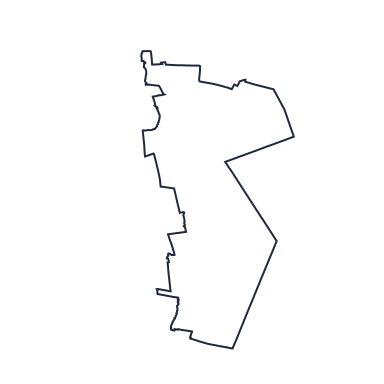 Ripiceni, Botosani, Romania (Equal Earth projection), rotated 30°
{"feature_id": "2599482B27796120382468", "entity_name": "Ripiceni", "entity_type": "district", "adm_level": 2, "iso_a3": "ROU", "parent_name": "Romania", "parent_adm1": "Botosani", "projection": "equal_earth", "projection_center": [27.135, 47.902], "detail": "fine", "context": "isolated", "style": "outline", "palette": "slate", "viewbox_px": 384, "rotation_deg": 30, "n_neighbors": 0, "source": "geoboundaries", "source_scale": "gbopen_adm2", "svg_char_len": 5600}
<svg xmlns="http://www.w3.org/2000/svg" viewBox="0 0 384 384"><g transform="rotate(30 192 192)"><path d="M305.3,307.3L304.2,297.4L304.0,296.2L299.7,265.6L297.9,251.6L297.8,251.2L297.7,250.5L295.7,236.0L291.7,205.8L291.7,205.4L289.8,192.1L265.8,179.8L265.1,179.6L264.4,179.2L225.4,159.2L213.7,153.2L212.9,152.8L212.3,152.7L205.7,149.3L227.4,123.4L234.9,114.2L236.2,112.8L252.5,93.2L230.9,74.4L221.3,68.5L220.9,68.2L211.2,62.3L191.8,67.8L182.9,69.9L182.2,68.1L180.9,69.0L178.8,71.5L178.0,72.3L178.3,77.5L174.9,77.8L175.0,83.1L172.9,83.4L169.8,84.0L160.1,86.6L157.7,87.3L156.8,87.6L156.2,87.9L155.0,88.2L153.9,88.6L149.0,90.4L147.3,91.0L144.0,92.2L143.5,92.3L143.3,92.2L143.0,92.1L142.6,91.9L142.4,91.7L142.1,91.3L141.8,90.9L141.5,90.2L139.7,86.0L138.0,82.5L136.1,79.0L135.5,78.9L135.3,78.9L135.0,79.0L133.2,80.0L130.4,81.6L127.4,83.3L125.4,84.3L123.9,85.2L118.9,87.8L118.0,88.4L115.9,89.6L105.7,94.8L104.0,93.0L100.6,95.4L101.4,95.9L102.0,96.2L98.8,98.4L93.8,101.6L91.8,98.7L89.7,95.7L86.8,91.7L86.4,91.2L86.0,90.9L85.8,90.8L85.3,91.0L84.0,91.6L82.8,92.3L78.7,94.9L78.8,95.5L79.0,95.8L79.2,96.1L79.3,96.3L79.2,97.3L79.2,97.7L79.4,98.2L79.6,98.2L79.8,98.6L80.0,99.3L80.2,99.8L80.8,100.6L81.0,100.7L81.4,101.0L82.9,103.7L83.1,103.7L83.4,103.5L83.7,103.4L84.0,102.9L84.3,102.8L84.5,102.9L84.6,103.0L86.0,103.1L86.7,103.3L87.0,103.4L87.1,103.5L87.1,103.8L87.0,104.0L86.7,104.2L86.3,104.5L86.2,104.6L86.8,105.5L87.0,106.1L87.7,107.4L87.9,107.9L88.2,108.1L88.4,108.2L89.3,108.3L90.1,108.6L90.3,108.8L90.7,109.1L91.4,109.7L92.1,110.5L92.5,111.3L93.3,112.5L93.5,113.0L93.7,113.6L94.0,114.8L94.3,115.6L94.6,116.3L95.3,117.5L95.4,118.5L95.6,119.1L96.0,119.5L96.7,120.0L97.1,120.2L97.8,120.4L97.5,120.7L98.3,122.2L100.0,121.3L101.2,120.5L102.2,120.1L102.7,119.8L103.7,119.5L105.5,118.6L106.6,118.2L108.6,117.3L109.7,116.8L110.4,116.6L110.6,116.7L113.5,118.4L117.1,120.8L117.5,121.0L118.5,121.4L119.2,121.4L116.9,123.5L115.7,124.4L115.5,124.6L114.8,124.9L114.4,125.1L114.3,125.6L114.1,125.9L113.9,126.1L113.3,126.5L112.7,127.1L110.3,129.0L115.7,133.8L115.9,134.1L116.4,135.4L116.3,135.9L117.8,135.9L118.4,135.8L118.7,135.9L119.5,136.1L120.1,136.5L119.4,137.1L121.1,138.1L121.8,138.6L124.1,140.5L125.3,141.4L126.0,142.2L126.5,143.1L126.8,143.8L126.9,144.8L127.4,145.5L127.6,146.0L127.8,146.9L127.8,147.7L127.9,147.8L128.0,147.9L128.1,148.1L128.2,148.6L128.2,148.8L128.1,149.1L128.2,149.6L128.6,150.1L128.6,150.3L128.6,150.6L128.4,151.4L128.3,151.7L128.4,152.0L128.8,152.6L128.9,152.8L128.5,154.1L128.5,155.2L128.4,155.8L128.2,156.0L127.8,156.3L127.5,156.6L127.1,157.0L126.3,158.2L125.0,159.2L124.2,159.7L123.3,160.0L122.6,160.6L121.8,161.4L120.3,162.4L119.6,162.6L118.7,163.1L118.6,163.4L118.9,163.9L120.6,166.2L127.5,175.7L129.4,178.7L131.4,181.7L132.4,183.2L133.6,184.7L138.3,179.3L139.3,178.0L140.3,178.3L145.2,183.4L146.8,185.0L148.5,186.9L151.4,189.8L156.2,195.2L158.0,197.3L159.2,198.8L160.2,200.4L162.2,203.0L164.1,202.1L173.7,198.3L174.7,197.9L181.7,205.3L183.1,206.9L184.9,208.8L191.8,216.1L194.7,213.7L195.1,213.6L195.5,213.6L195.6,213.8L195.7,214.2L195.7,214.4L195.9,215.1L195.9,215.5L196.0,215.9L196.0,216.3L196.1,216.5L196.5,216.9L197.5,217.8L198.4,218.7L199.1,219.7L200.4,221.3L200.6,221.8L200.5,222.0L200.6,222.6L202.2,224.1L202.5,224.4L202.5,224.6L202.2,224.9L202.1,225.1L202.0,225.4L201.9,225.5L202.1,225.9L202.3,225.8L202.9,225.7L203.1,225.7L203.4,225.8L204.5,226.9L204.9,227.5L205.3,228.0L206.8,229.5L192.4,240.6L194.0,242.0L195.0,243.0L198.8,246.3L200.0,247.3L200.5,247.5L201.4,248.5L203.7,250.5L208.0,254.8L208.3,255.2L207.0,256.1L205.6,256.9L204.7,256.5L204.4,256.5L204.1,256.5L202.8,256.7L202.6,256.8L202.4,257.2L202.3,257.4L202.4,257.6L202.5,258.0L203.0,258.7L203.2,259.0L203.2,259.5L203.2,260.1L203.1,260.5L203.0,261.0L203.0,261.4L203.3,261.8L203.5,262.1L204.7,261.7L204.8,261.7L205.0,261.8L207.1,264.4L207.0,264.6L206.1,265.3L207.2,266.7L212.4,274.2L223.1,288.7L210.9,293.1L210.0,293.8L211.0,294.5L211.5,295.0L212.4,296.5L213.2,297.6L217.3,296.1L228.1,292.3L232.8,290.4L232.9,290.5L233.1,290.6L233.4,290.9L233.5,291.2L233.5,291.3L233.9,291.7L233.8,291.8L233.7,292.1L234.0,292.3L234.6,292.4L234.6,292.6L234.4,292.8L234.4,293.0L234.2,293.0L234.8,293.6L234.9,293.8L234.6,294.2L234.8,294.5L234.9,294.8L235.2,295.1L235.4,295.0L235.5,294.9L235.6,295.1L235.9,295.2L236.1,295.3L236.2,295.6L236.3,295.8L236.4,296.0L236.5,296.2L236.3,296.6L236.4,296.9L236.2,297.2L236.1,297.5L236.0,297.9L236.0,298.1L236.0,298.4L236.2,298.7L236.5,298.8L237.1,299.4L237.4,300.1L237.5,300.3L238.0,300.5L238.1,300.9L238.5,301.4L238.6,301.6L238.6,301.8L238.5,302.1L238.5,302.4L238.5,302.7L238.8,303.0L239.0,303.8L239.0,304.4L239.1,304.5L239.6,304.9L239.4,305.1L239.5,305.2L239.6,305.4L239.9,306.3L239.9,307.0L239.8,307.3L239.9,307.5L240.0,307.8L240.0,308.0L240.2,308.4L240.2,308.6L240.3,308.8L240.3,309.2L240.2,309.4L240.2,309.6L240.0,309.8L240.4,310.0L240.5,310.2L240.3,310.6L240.2,310.9L240.4,311.2L240.4,311.4L240.3,311.7L240.3,312.5L240.2,312.6L240.3,313.1L240.3,313.7L240.2,314.1L240.2,314.3L240.5,314.7L240.5,314.9L240.4,315.4L240.6,315.6L240.6,315.8L240.6,316.0L240.4,316.5L240.4,316.8L240.6,317.1L240.7,317.5L240.8,317.7L240.8,318.0L240.9,318.6L241.0,318.8L241.2,319.1L241.1,319.3L241.2,319.6L241.3,319.8L241.5,319.9L241.5,320.0L241.6,320.3L241.9,320.3L242.0,320.3L242.1,320.5L242.4,320.9L242.5,321.1L242.3,321.2L242.4,321.4L242.9,321.7L245.6,321.0L245.5,320.6L246.0,320.4L245.4,319.5L245.5,319.4L248.7,318.3L248.6,317.7L250.8,317.0L261.8,312.8L263.0,318.8L263.7,318.7L263.8,318.7L263.9,318.8L264.0,319.7L268.6,318.6L274.4,317.4L282.2,315.4L305.3,307.3Z" fill="none" stroke="#1e293b" stroke-width="2"/></g></svg>